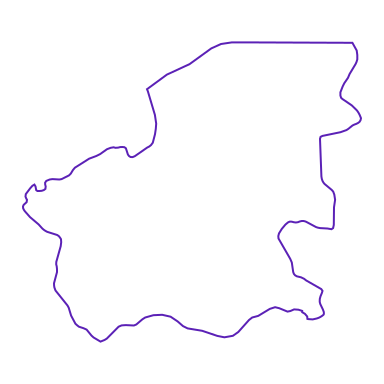 the Region of Oio
{"feature_id": "GNB-772", "entity_name": "Oio", "entity_type": "Region", "adm_level": 1, "iso_a3": "GNB", "parent_name": "Guinea-Bissau", "parent_adm1": "", "projection": "orthographic", "projection_center": [-15.268, 12.289], "detail": "fine", "context": "isolated", "style": "outline", "palette": "violet", "viewbox_px": 384, "rotation_deg": 0, "n_neighbors": 0, "source": "natural_earth", "source_scale": "10m", "svg_char_len": 2775}
<svg xmlns="http://www.w3.org/2000/svg" viewBox="0 0 384 384"><path d="M250.0,42.4L352.4,42.8L356.7,50.5L357.3,55.0L357.3,59.4L356.5,62.0L355.6,64.0L349.6,74.0L348.0,77.8L344.3,83.2L342.7,86.4L340.4,92.3L340.4,95.5L341.1,97.8L342.4,99.0L351.8,105.4L356.8,110.3L357.7,111.5L358.6,112.9L359.7,115.0L361.0,118.2L360.5,120.3L359.5,121.9L358.0,123.0L356.2,123.9L354.3,124.6L352.5,125.5L348.0,129.1L346.4,130.1L340.5,132.2L322.5,135.9L320.6,136.8L320.0,138.8L321.4,176.4L321.8,178.8L322.5,180.9L323.4,182.5L324.5,183.9L331.7,189.9L333.2,191.6L334.3,194.6L335.1,199.8L334.0,207.3L333.8,224.9L333.1,228.1L331.5,229.2L327.4,228.5L320.2,228.1L318.0,227.7L316.1,227.1L306.2,221.8L304.9,221.3L303.5,221.0L301.7,221.0L299.7,221.5L297.9,222.2L295.8,222.5L293.7,222.2L291.8,221.7L289.9,221.6L288.3,222.2L286.8,223.4L285.4,224.6L281.8,228.9L279.0,233.4L278.3,236.1L278.5,238.5L290.2,258.8L291.8,262.5L293.2,272.0L293.9,273.9L295.1,275.3L296.8,276.3L301.0,277.3L304.1,278.8L306.1,280.4L321.3,289.1L322.5,290.9L321.9,292.9L320.5,296.3L319.8,298.9L319.7,301.4L319.8,302.3L320.3,304.1L322.9,309.5L323.8,312.0L323.9,313.4L323.7,314.5L323.1,315.1L321.9,316.0L320.5,316.9L318.7,317.8L316.7,318.5L312.7,319.4L308.4,319.1L307.4,318.9L307.2,316.5L304.9,313.8L302.2,312.2L302.2,310.9L298.4,309.7L294.1,309.4L290.4,311.0L287.5,311.6L279.2,308.2L275.1,307.2L269.8,308.9L258.2,315.9L252.2,317.5L249.0,320.0L238.3,332.0L232.9,335.8L224.4,337.3L217.3,335.9L202.2,330.8L187.6,328.4L183.0,326.1L177.6,321.4L170.6,316.7L162.2,314.8L153.4,315.2L145.2,317.5L142.4,319.3L136.3,324.5L133.9,325.5L125.8,325.1L121.6,325.4L118.6,326.7L106.8,338.6L104.5,340.0L100.5,341.6L93.6,337.5L91.5,335.6L86.6,329.6L83.5,328.2L78.9,326.7L76.9,325.1L75.4,323.7L71.1,315.6L68.7,307.7L67.5,305.5L55.5,290.5L54.4,287.5L54.1,285.7L54.0,283.3L57.0,272.1L57.0,269.0L56.7,266.3L56.2,264.3L56.3,261.9L60.7,246.2L61.2,242.2L61.0,239.2L60.0,237.6L58.8,236.1L57.2,235.0L47.1,231.8L45.3,230.8L43.7,229.7L42.3,228.5L38.6,224.4L30.0,217.1L24.9,211.3L23.8,209.7L23.1,208.1L23.0,206.4L23.7,204.8L26.6,202.2L27.0,199.8L26.2,198.4L25.5,196.6L25.8,194.1L30.1,188.4L32.4,185.8L34.4,184.6L35.5,186.4L36.2,190.1L37.4,191.0L39.3,191.0L41.7,190.8L43.8,190.1L45.4,188.9L45.7,186.5L45.2,184.6L45.1,182.7L46.3,180.9L49.7,179.5L52.4,179.1L59.4,179.5L61.6,179.1L69.0,175.4L70.8,173.6L72.9,170.1L74.9,167.7L89.1,158.7L96.3,156.0L100.1,154.1L107.0,149.2L110.7,147.8L113.6,147.3L115.4,147.8L117.2,147.7L118.3,147.6L120.1,147.1L122.3,147.0L124.4,147.2L125.9,148.3L127.9,154.5L129.0,156.0L130.5,157.0L132.6,157.1L134.8,156.2L147.3,147.5L149.1,146.6L151.0,145.1L152.8,142.7L155.0,134.2L155.8,128.8L156.2,123.6L154.9,114.9L147.9,91.4L147.0,89.2L166.9,74.6L189.6,64.1L211.3,48.4L221.0,44.0L231.8,42.4L250.0,42.4Z" fill="none" stroke="#5b21b6" stroke-width="2"/></svg>